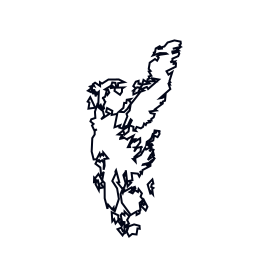 Bømlo nor, Hordaland, Norway, rotated 204°
{"feature_id": "86288312B58767518046388", "entity_name": "Bømlo nor", "entity_type": "district", "adm_level": 2, "iso_a3": "NOR", "parent_name": "Norway", "parent_adm1": "Hordaland", "projection": "mercator", "projection_center": [5.207, 59.741], "detail": "fine", "context": "isolated", "style": "outline", "palette": "ink", "viewbox_px": 256, "rotation_deg": 204, "n_neighbors": 0, "source": "geoboundaries", "source_scale": "gbopen_adm2", "svg_char_len": 5869}
<svg xmlns="http://www.w3.org/2000/svg" viewBox="0 0 256 256"><g transform="rotate(204 128 128)"><path d="M107.3,100.2L110.8,101.7L109.4,102.5L110.4,103.9L107.0,111.6L108.1,115.4L107.2,116.8L111.8,113.5L112.8,108.9L112.6,112.7L114.1,112.8L112.5,113.8L111.0,120.0L112.7,123.5L116.6,117.8L117.9,118.5L117.0,120.6L118.3,120.0L118.4,117.1L119.7,113.4L118.4,111.4L120.3,110.5L119.9,123.2L124.5,117.4L123.0,117.0L129.8,117.8L130.6,116.1L129.2,116.1L130.7,115.0L130.9,116.0L130.2,119.4L134.5,118.0L131.3,123.8L128.5,120.5L126.1,125.0L127.6,130.3L131.1,125.4L136.1,124.9L136.2,127.5L140.6,123.2L143.6,136.6L148.2,133.3L149.3,137.3L155.2,137.7L154.6,133.9L150.5,133.7L156.1,125.0L154.7,129.4L157.7,133.2L163.4,134.8L164.5,136.2L165.2,138.2L165.7,137.9L164.8,129.4L161.9,123.9L165.1,121.0L165.0,118.8L161.1,117.7L161.9,115.6L157.8,112.1L155.9,114.1L157.3,111.9L155.8,108.5L156.5,104.2L151.6,91.7L146.6,85.3L144.0,86.6L143.6,93.2L141.8,91.0L141.5,93.3L139.6,92.9L140.7,95.6L133.8,92.1L137.1,90.0L134.0,84.0L133.3,79.9L135.6,85.9L138.5,88.0L139.8,86.0L142.2,87.4L140.7,85.6L143.0,85.8L143.2,82.1L137.2,80.7L133.3,73.9L132.3,78.1L130.3,69.7L127.0,68.2L120.7,54.3L113.9,45.8L114.9,49.8L109.3,47.2L108.8,49.5L107.3,46.8L106.2,46.6L107.5,59.5L113.4,68.4L120.8,73.2L120.7,81.5L121.8,83.1L121.7,84.5L113.9,74.9L115.5,73.9L108.4,70.2L107.2,72.8L107.8,76.7L113.1,83.1L112.7,85.1L110.5,82.7L112.8,88.5L104.6,74.5L102.9,79.3L106.0,79.7L102.7,82.1L106.4,88.3L100.4,90.3L97.9,88.3L97.6,91.7L99.5,93.5L96.8,92.3L97.6,95.5L92.1,102.5L93.0,104.6L95.8,100.9L95.3,103.0L99.5,100.3L99.5,100.9L92.4,106.4L91.9,108.4L93.2,107.8L91.4,111.0L93.6,112.3L96.9,106.9L96.3,112.7L93.4,113.9L94.7,115.6L95.8,113.7L95.8,118.5L97.6,118.4L98.4,116.1L98.9,116.2L98.5,119.7L99.7,121.0L98.6,122.4L99.8,123.1L102.8,120.4L99.8,119.5L102.7,115.7L104.3,116.9L105.3,108.6L109.2,103.4L107.3,100.2ZM122.1,127.8L119.6,128.5L120.7,129.0L120.5,132.5L116.2,132.9L114.8,135.0L115.1,138.6L113.0,138.0L113.0,140.2L110.3,142.2L111.8,143.0L109.5,144.3L110.4,145.7L108.9,148.2L109.3,151.7L113.5,150.8L114.9,151.9L109.1,155.6L111.0,156.0L106.6,163.8L109.2,164.1L106.4,164.9L107.0,166.3L105.3,168.0L106.9,172.8L108.7,169.7L111.0,168.1L105.2,180.8L108.6,184.5L107.4,184.8L108.8,186.0L108.0,187.0L109.2,187.6L110.3,197.1L112.7,193.2L115.9,195.5L109.3,203.4L110.5,206.7L111.8,206.4L111.9,205.6L112.2,205.5L112.3,205.1L112.5,205.1L112.0,208.0L116.0,205.3L114.8,207.6L115.6,209.4L111.4,214.0L111.4,216.8L112.9,218.2L118.1,213.8L116.6,215.9L119.3,215.5L113.4,219.3L114.8,219.5L113.5,222.1L119.3,218.6L112.8,223.7L114.8,224.7L114.0,226.5L115.1,228.3L121.2,226.9L126.6,222.2L127.9,217.3L130.1,215.5L129.3,214.4L133.1,212.1L130.4,215.0L132.3,215.6L135.0,211.9L134.2,208.3L135.7,206.8L134.3,207.5L134.8,204.4L129.4,209.4L123.7,211.8L122.7,211.6L128.6,207.9L130.5,205.4L128.5,204.6L128.8,201.4L131.4,202.0L134.7,196.5L133.1,190.4L130.6,189.3L132.0,188.1L127.9,185.2L130.0,183.5L128.6,182.0L129.9,180.5L129.4,177.5L133.4,178.2L132.7,173.4L126.4,177.5L128.8,178.3L127.5,179.4L122.0,181.8L127.4,182.9L119.4,184.9L125.5,171.8L127.5,173.2L131.6,168.8L128.7,168.7L131.3,166.2L135.2,150.7L133.6,144.7L135.1,140.3L133.3,138.4L132.9,126.8L129.2,130.0L129.1,137.0L127.6,136.5L127.8,131.0L123.5,131.3L122.1,127.8ZM90.1,49.7L86.2,55.2L84.8,52.1L82.8,54.7L83.4,56.9L85.0,56.1L83.3,58.3L86.9,64.3L84.9,68.5L88.6,70.4L88.7,73.9L93.5,76.5L92.9,73.6L96.4,74.1L97.2,70.2L100.5,70.2L96.8,76.0L97.8,77.0L99.3,75.5L99.1,73.0L100.7,75.0L105.4,68.7L106.8,71.3L106.3,66.5L108.0,68.0L107.9,64.6L103.2,57.2L90.1,49.7ZM158.7,134.5L157.8,136.2L159.5,138.2L159.4,142.8L160.9,143.4L161.4,144.3L163.1,145.0L163.2,145.4L161.6,147.2L162.4,151.9L160.2,149.9L159.5,152.7L162.4,155.3L161.6,154.0L164.8,153.8L160.6,159.9L159.9,157.5L156.7,159.6L160.6,160.3L160.9,163.2L157.9,164.1L155.3,160.6L154.2,162.0L155.2,164.9L150.0,168.4L156.1,168.6L165.6,164.3L169.8,158.0L172.2,158.4L170.6,155.0L176.5,156.0L177.7,154.0L176.0,152.6L177.7,152.7L177.1,150.0L178.5,151.3L179.5,150.4L177.4,149.8L179.7,145.8L176.4,145.7L176.3,148.4L173.5,144.7L174.7,149.6L170.3,143.7L171.3,147.4L169.1,146.4L169.8,148.6L169.6,148.7L169.5,149.1L169.4,149.3L164.3,136.3L160.8,135.2L162.8,137.0L162.4,138.1L158.7,134.5ZM82.9,29.4L81.1,32.9L76.9,34.2L78.5,40.1L76.3,40.7L77.7,43.3L83.2,42.4L87.4,38.3L87.0,32.7L82.9,29.4ZM93.8,35.8L93.9,37.9L96.1,38.9L96.4,40.1L94.0,38.8L93.3,37.1L94.2,40.2L92.9,40.6L91.3,36.7L88.2,41.0L91.4,43.6L90.9,47.9L97.2,50.3L95.8,46.9L98.7,47.6L99.2,45.4L96.3,41.4L98.6,41.4L98.7,38.8L93.8,35.8ZM134.7,63.4L129.4,59.3L131.1,64.0L132.9,65.7L134.8,68.7L129.2,61.6L126.3,63.7L130.2,66.1L129.3,68.8L136.3,74.0L137.6,68.6L138.8,69.0L137.0,64.6L136.0,65.1L137.2,67.9L135.5,67.2L134.7,63.4ZM142.9,139.1L138.1,140.9L136.3,145.2L135.3,152.2L138.2,153.4L137.3,155.5L140.6,153.3L139.7,150.1L141.7,149.4L140.4,144.5L142.9,139.1ZM136.7,160.9L132.0,166.2L133.2,166.5L132.8,169.5L137.0,168.7L133.2,169.8L132.3,173.5L134.7,172.9L134.9,173.5L136.4,172.7L137.5,175.4L139.7,173.5L140.2,168.4L136.9,167.4L138.3,164.5L136.6,165.1L138.0,163.8L136.7,160.9ZM87.1,84.4L80.3,76.4L82.9,80.0L78.3,77.6L81.1,82.1L80.4,83.5L82.9,83.6L83.4,86.3L82.2,87.5L84.8,90.9L87.1,84.4ZM103.7,120.4L102.8,120.8L102.1,122.6L102.4,123.8L99.9,126.9L100.8,130.6L102.1,129.6L101.3,131.8L97.3,131.7L96.8,135.5L98.2,137.2L97.2,138.2L102.7,136.6L102.2,134.6L99.8,136.0L102.9,132.8L102.4,127.4L105.2,123.0L104.4,120.0L103.0,123.2L103.7,120.4ZM100.6,35.8L99.4,40.0L101.4,44.3L108.6,44.4L104.4,36.4L103.6,39.2L100.6,35.8ZM172.0,129.6L166.2,133.2L175.0,140.8L175.6,135.7L173.6,135.6L172.0,129.6ZM155.4,156.4L148.8,155.1L148.2,158.5L149.5,161.6L148.4,163.3L156.3,159.5L155.4,156.4ZM89.3,27.7L88.9,30.9L87.4,30.1L88.7,31.2L87.4,33.1L88.2,38.0L90.8,35.8L89.7,33.2L90.9,31.7L93.6,34.2L96.4,31.3L89.3,27.7ZM78.3,59.8L78.2,63.9L81.0,66.1L83.0,63.3L82.0,66.8L84.4,68.8L84.6,62.2L78.3,59.8Z" fill="none" stroke="#020617" stroke-width="2"/></g></svg>